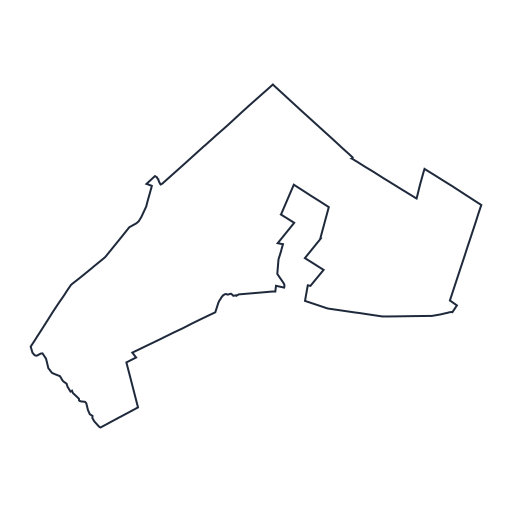 outline of Galbenu, Braila, Romania
{"feature_id": "2599482B76307381902120", "entity_name": "Galbenu", "entity_type": "district", "adm_level": 2, "iso_a3": "ROU", "parent_name": "Romania", "parent_adm1": "Braila", "projection": "equal_earth", "projection_center": [27.166, 45.19], "detail": "fine", "context": "isolated", "style": "outline", "palette": "slate", "viewbox_px": 512, "rotation_deg": 0, "n_neighbors": 0, "source": "geoboundaries", "source_scale": "gbopen_adm2", "svg_char_len": 3576}
<svg xmlns="http://www.w3.org/2000/svg" viewBox="0 0 512 512"><path d="M216.1,309.8L217.2,306.4L218.3,302.9L219.5,300.4L220.8,298.6L221.1,297.8L221.7,297.0L222.2,296.5L222.8,295.5L223.3,295.4L223.8,294.9L224.2,294.6L224.5,294.4L224.9,294.3L226.0,294.0L226.5,294.2L227.0,294.4L227.9,294.6L229.6,294.1L230.4,293.8L231.1,293.8L231.8,294.3L233.3,295.8L236.2,295.3L236.4,295.7L236.9,295.4L237.7,295.0L238.7,294.4L257.7,292.8L267.0,292.0L271.4,291.6L273.7,291.5L275.3,291.5L276.0,285.8L284.1,287.6L284.4,286.6L284.4,285.4L284.2,284.2L283.5,283.0L281.8,280.5L279.8,277.6L277.3,273.9L277.8,267.7L278.5,259.4L280.0,254.6L281.5,249.7L281.5,249.3L283.0,244.2L277.7,243.2L294.2,222.8L280.9,214.5L281.2,214.1L293.8,184.7L303.3,190.8L311.0,195.8L319.3,201.0L328.8,207.1L320.4,238.1L320.9,238.3L320.7,238.6L304.9,258.1L323.6,269.9L310.4,285.9L307.8,285.3L307.5,286.9L307.4,287.4L305.0,300.9L327.7,308.5L355.2,312.5L359.3,313.0L366.5,314.1L382.6,316.5L395.1,316.4L414.4,316.1L432.0,315.9L440.7,314.4L442.4,314.0L445.6,313.2L446.9,313.0L449.7,312.2L450.8,312.1L451.8,312.0L452.4,312.2L456.9,305.4L449.9,300.5L454.3,287.1L456.9,279.2L465.0,254.7L466.6,249.6L470.0,239.4L475.6,222.4L478.4,213.6L481.3,205.0L480.7,204.6L478.8,203.4L473.7,200.1L466.3,195.3L465.0,194.5L463.8,193.7L463.1,193.2L462.7,193.0L462.3,192.7L461.6,192.3L461.4,192.1L461.2,192.0L461.0,191.9L460.9,191.8L460.7,191.7L459.7,191.0L458.3,190.1L457.5,189.6L453.8,187.2L453.1,186.7L443.9,181.0L434.2,174.9L426.4,170.1L424.5,168.9L424.1,170.3L423.5,172.2L420.6,182.6L419.5,186.7L418.9,189.2L418.3,191.7L416.6,198.5L415.7,198.0L408.5,193.6L404.0,190.8L403.9,190.8L393.9,184.6L390.0,182.2L383.8,178.4L383.7,178.4L382.4,177.5L375.3,173.0L373.6,171.9L367.1,168.0L364.1,166.2L363.5,165.8L362.7,165.3L357.2,161.8L355.5,160.8L354.3,160.1L353.8,159.7L352.9,159.2L352.4,158.9L352.2,158.7L351.9,158.6L352.1,158.5L352.2,158.2L352.4,158.0L352.7,157.6L352.6,157.4L351.1,156.0L347.4,152.6L345.8,151.2L341.0,146.9L339.9,145.8L339.8,145.7L329.1,135.9L323.8,131.1L300.1,109.6L279.1,90.3L274.1,85.7L272.9,84.5L266.4,90.3L262.5,93.7L257.9,97.8L249.3,105.4L241.7,112.3L227.6,125.3L220.0,132.0L217.3,134.4L217.2,134.4L204.8,145.6L204.4,145.8L184.2,164.1L162.2,183.7L160.6,184.5L160.0,183.6L158.9,181.3L158.3,179.7L158.3,179.2L158.0,179.0L157.7,178.7L157.2,178.1L157.0,177.5L156.9,177.3L156.3,176.9L155.0,176.1L154.5,176.5L150.5,180.2L147.8,182.7L146.5,183.9L151.8,185.8L151.4,187.6L147.6,201.1L146.4,205.8L146.4,206.1L143.9,211.5L141.4,216.9L138.7,221.3L136.4,223.3L129.5,227.1L128.6,228.1L121.9,236.5L109.1,252.3L105.3,257.0L103.3,258.7L93.7,266.5L91.9,268.1L89.4,270.1L89.2,270.3L86.0,272.9L79.2,278.4L72.4,283.7L71.0,284.9L68.4,288.7L66.5,291.5L64.7,294.4L62.1,298.2L59.0,302.6L52.6,312.3L46.7,321.7L46.6,321.8L40.9,330.8L37.8,335.6L37.7,335.7L34.9,340.2L31.6,345.2L31.4,345.4L31.3,345.7L31.2,345.8L31.1,346.0L30.7,346.6L32.5,352.8L34.6,355.2L35.9,355.6L36.8,355.7L40.7,353.6L42.5,353.4L46.0,358.6L47.0,362.5L48.3,368.1L51.8,372.7L53.5,373.6L60.0,376.2L62.6,380.6L63.5,381.5L66.6,383.7L67.5,386.7L70.5,391.6L71.0,391.4L71.9,390.9L72.0,390.8L72.9,393.0L78.9,398.7L79.1,400.2L79.1,400.5L79.8,401.0L81.0,401.4L84.9,401.8L85.5,402.3L86.3,403.3L88.0,410.2L89.8,414.2L92.5,415.9L92.4,418.1L94.3,421.4L99.2,426.8L100.5,427.5L120.2,416.9L120.3,416.9L138.0,407.4L137.4,405.0L137.3,404.7L130.2,377.1L126.4,362.5L126.4,362.4L136.1,357.5L132.3,352.6L144.6,346.7L152.1,343.1L160.0,339.3L165.2,336.7L169.5,334.6L172.5,333.1L182.9,328.2L191.6,323.7L200.6,319.3L207.9,315.8L215.3,312.3L215.8,310.7L216.1,309.8Z" fill="none" stroke="#1e293b" stroke-width="2"/></svg>